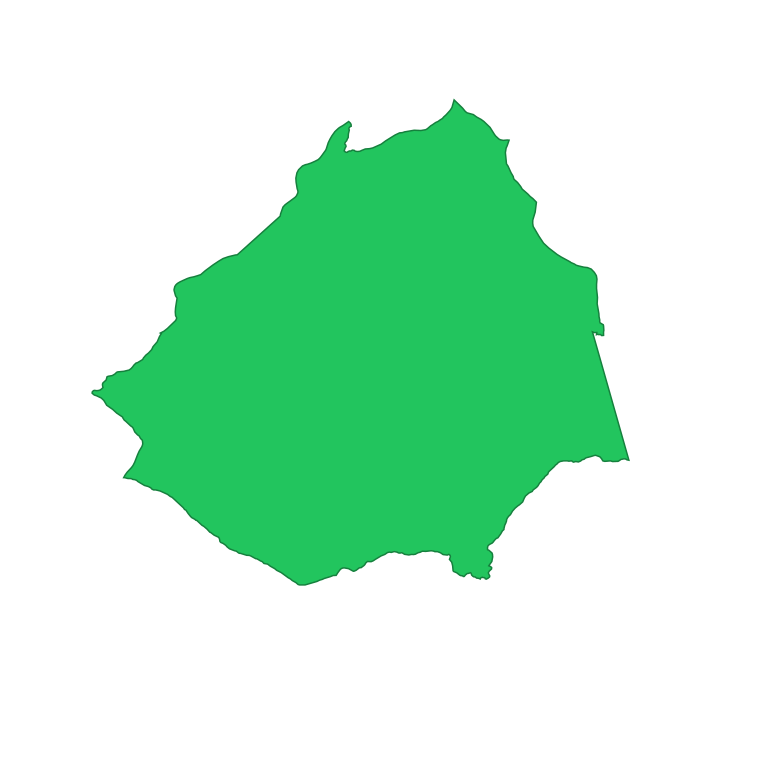 Porto de Moz, Pará, Brazil (Equal Earth projection), rotated 228°
{"feature_id": "56859067B79673758478118", "entity_name": "Porto de Moz", "entity_type": "district", "adm_level": 2, "iso_a3": "BRA", "parent_name": "Brazil", "parent_adm1": "Pará", "projection": "equal_earth", "projection_center": [-52.537, -2.166], "detail": "fine", "context": "isolated", "style": "filled", "palette": "green", "viewbox_px": 768, "rotation_deg": 228, "n_neighbors": 0, "source": "geoboundaries", "source_scale": "gbopen_adm2", "svg_char_len": 6171}
<svg xmlns="http://www.w3.org/2000/svg" viewBox="0 0 768 768"><g transform="rotate(228 384 384)"><path d="M273.8,220.4L274.7,223.5L275.5,227.7L275.1,229.7L274.1,231.3L270.5,234.1L265.4,235.9L264.8,236.8L264.2,238.7L263.9,242.7L262.8,244.2L262.5,247.7L262.6,248.9L263.2,250.7L263.2,252.9L260.6,255.5L259.8,257.8L259.5,260.0L258.2,266.8L256.8,270.6L256.4,273.8L255.4,275.6L254.0,276.7L252.6,279.5L250.3,281.2L248.8,281.7L247.6,282.8L247.0,284.0L246.1,284.6L243.7,285.3L240.3,288.1L239.1,290.2L237.4,292.0L236.5,293.5L235.9,296.2L234.8,298.2L234.1,300.6L231.7,303.0L228.5,307.5L226.7,309.0L225.4,309.6L223.9,311.3L223.2,311.8L220.9,313.0L217.7,313.8L214.5,316.6L214.0,318.2L212.4,318.5L211.1,317.7L209.9,315.3L206.4,315.1L205.5,314.7L202.9,313.3L199.0,310.4L198.1,310.3L195.1,311.7L191.2,312.4L190.3,312.8L188.8,314.1L187.9,314.1L187.3,314.9L187.6,316.7L187.5,318.9L186.6,320.3L185.9,322.0L185.1,322.1L183.4,321.3L181.6,321.4L180.8,321.6L179.4,322.7L177.9,322.9L176.1,324.4L174.7,325.0L175.2,325.9L174.7,327.7L173.8,328.1L173.1,328.9L172.3,329.2L171.4,328.9L170.5,329.5L170.0,331.6L170.0,333.4L170.7,334.2L172.5,334.6L173.9,335.2L174.5,337.0L174.6,340.2L175.6,341.2L177.1,341.0L178.8,340.2L179.9,345.3L182.8,349.1L184.8,350.6L186.2,351.2L190.3,350.7L191.6,350.1L192.9,351.2L194.0,352.6L194.3,353.7L194.0,355.8L193.4,357.9L193.5,359.6L193.9,361.4L194.1,364.0L193.5,365.7L194.5,370.4L195.6,373.7L195.6,375.7L196.3,376.4L198.3,379.3L199.2,381.5L200.3,383.5L201.1,384.2L201.9,386.1L202.3,388.2L202.3,390.5L203.6,394.6L204.0,398.3L203.9,401.9L203.6,403.9L203.6,408.2L205.3,411.8L206.1,414.2L206.0,418.8L205.0,422.2L205.5,424.1L205.1,428.2L205.3,430.2L206.3,433.4L206.3,435.1L207.0,437.4L207.1,440.5L207.6,441.4L207.4,445.3L208.5,447.4L208.6,448.6L208.7,455.3L209.0,457.1L208.8,459.1L209.0,461.0L208.5,463.1L206.8,465.9L204.3,468.7L202.9,469.8L201.3,472.1L200.3,472.1L199.1,472.6L198.1,474.6L196.0,476.3L195.2,478.6L195.1,480.6L194.2,482.3L194.1,484.2L193.7,485.3L191.6,489.3L190.2,492.4L189.4,493.6L185.5,495.7L183.0,495.7L180.4,495.2L178.8,496.3L175.3,500.9L173.4,502.0L169.9,506.2L169.5,508.1L169.5,509.4L167.9,512.1L166.8,513.3L165.1,513.8L163.5,515.0L283.3,573.8L281.6,574.6L279.9,576.6L278.5,574.9L278.0,576.1L277.0,576.6L276.0,577.9L274.3,578.2L273.2,579.7L275.7,581.9L276.8,583.3L280.2,586.0L281.3,586.6L284.9,585.5L286.3,586.2L287.1,587.1L290.2,588.9L292.4,590.7L301.0,596.1L305.5,600.6L312.7,605.8L316.0,608.8L319.4,612.4L322.4,614.3L326.2,615.0L330.7,614.9L334.4,613.1L337.1,610.7L341.7,607.5L343.7,606.3L345.7,605.8L349.2,604.2L350.4,604.0L359.7,600.7L364.5,599.3L375.0,597.4L381.9,596.8L390.1,598.0L401.3,600.3L404.0,602.1L406.3,604.3L410.6,611.4L417.1,618.9L422.2,618.7L425.6,618.1L429.0,618.0L436.4,617.1L439.2,617.7L444.4,618.1L449.0,617.6L450.4,618.1L451.8,618.9L456.1,619.8L463.1,622.0L465.6,622.3L474.7,629.0L477.6,632.6L478.6,634.9L481.5,640.1L482.8,638.9L485.3,635.6L487.6,633.9L489.2,633.3L493.7,632.9L495.7,633.1L503.7,634.5L512.2,633.9L515.6,633.2L520.4,631.5L524.4,630.7L529.9,627.2L530.8,627.0L532.6,626.8L536.3,627.0L548.2,626.2L544.0,619.5L543.1,616.2L542.5,610.3L542.5,606.9L542.2,605.1L542.8,601.7L542.9,600.1L543.8,597.2L544.2,593.7L544.6,591.7L544.7,587.0L545.1,585.1L547.7,581.0L552.4,576.2L557.6,568.0L558.5,565.9L560.2,563.6L561.6,559.0L562.4,554.6L563.6,547.8L564.1,542.4L567.0,533.5L568.6,530.7L571.2,527.3L572.5,523.8L573.0,522.0L574.3,520.1L575.5,519.0L576.2,518.4L577.6,518.2L579.0,517.0L579.4,515.1L580.2,514.4L580.8,512.9L580.8,511.8L581.5,510.9L582.4,510.5L583.9,510.4L585.4,513.1L585.9,514.7L587.2,515.5L588.1,515.3L589.0,515.8L589.6,517.2L589.8,519.1L590.6,520.6L591.1,522.3L593.7,524.9L596.0,528.2L596.8,528.4L597.6,529.1L597.9,531.0L597.5,532.1L598.9,533.2L600.3,533.6L602.7,533.4L603.5,526.8L604.4,522.5L604.5,521.0L604.4,516.4L603.3,511.4L602.1,507.7L600.6,504.0L597.1,498.0L596.7,496.8L595.1,489.3L594.8,487.1L594.8,485.1L595.7,481.7L597.0,477.7L598.5,474.2L599.6,472.3L600.6,469.3L600.4,464.0L599.2,460.6L596.0,456.3L592.9,453.8L587.3,450.2L584.9,449.1L583.7,447.9L582.4,444.8L582.2,442.8L583.4,430.6L583.1,427.4L579.7,421.1L578.2,419.1L578.2,361.4L579.3,359.9L582.8,353.4L584.9,348.4L585.9,343.4L586.9,336.6L587.8,326.9L587.9,321.0L589.3,317.8L590.9,314.4L592.9,311.0L594.0,308.4L596.3,301.2L596.9,298.3L597.0,296.7L596.9,295.5L596.4,293.7L594.7,291.2L593.8,290.5L589.0,288.1L586.3,287.7L580.1,280.1L577.2,277.1L574.2,274.8L572.3,274.4L571.4,273.6L570.6,271.7L570.2,260.0L570.5,255.7L571.5,251.9L570.5,252.3L569.5,248.9L567.1,243.7L566.3,237.4L565.0,234.3L564.6,229.7L564.8,226.3L564.3,222.6L563.8,221.4L563.8,220.3L564.8,215.1L565.5,213.7L565.4,210.9L564.9,208.5L564.7,206.4L564.9,204.0L567.5,199.2L571.2,194.2L571.6,193.1L571.5,190.7L572.1,187.7L574.3,184.2L574.7,183.0L572.9,180.2L572.9,176.0L572.3,174.7L570.9,173.6L569.4,172.8L569.3,170.9L569.5,169.0L570.4,167.2L571.5,165.8L572.9,164.7L573.5,163.6L573.3,161.8L572.4,160.9L569.7,161.3L567.6,162.5L562.8,164.5L559.3,164.8L553.7,163.7L546.6,165.4L541.2,165.9L534.4,167.6L533.4,167.2L530.7,166.8L529.6,167.1L522.3,167.7L520.9,168.1L519.3,168.1L515.1,166.7L511.1,166.8L509.3,167.3L506.2,166.6L504.4,166.8L503.3,166.4L501.1,164.8L500.4,163.9L499.5,162.3L497.9,157.1L496.3,153.5L492.7,146.4L491.4,143.0L490.9,140.5L490.3,134.1L489.6,130.8L488.6,127.9L487.8,128.7L485.3,130.3L482.8,132.9L481.3,133.4L479.5,134.9L477.8,135.7L476.3,135.8L468.9,138.1L465.4,140.3L462.9,141.2L461.1,141.2L459.5,141.9L458.0,143.5L454.4,146.0L446.8,149.3L443.5,149.9L441.6,150.7L426.2,152.1L424.2,151.8L422.9,152.4L418.8,151.8L415.0,151.6L413.4,151.7L410.0,152.9L408.7,153.0L407.8,153.6L400.7,154.2L399.0,154.8L394.5,155.4L390.5,155.4L389.4,155.9L385.4,156.6L380.8,158.5L379.2,158.2L376.7,156.7L375.4,156.7L373.3,157.7L369.9,158.5L368.2,158.4L364.9,158.9L360.0,161.4L358.6,162.4L355.7,162.9L354.9,163.3L354.2,164.0L348.5,167.4L346.8,169.2L345.4,169.9L340.0,171.8L339.1,172.6L335.0,173.9L333.4,174.7L331.0,174.7L328.0,177.0L324.7,177.6L320.0,179.2L317.3,179.6L312.7,181.4L304.1,183.2L301.8,184.0L299.4,184.3L295.2,185.7L292.5,186.0L291.2,186.8L287.5,190.9L282.1,202.1L281.3,204.9L280.0,207.6L279.5,209.4L276.8,215.1L275.7,218.1L273.8,220.4Z" fill="#22c55e" stroke="#15803d" stroke-width="1.5"/></g></svg>